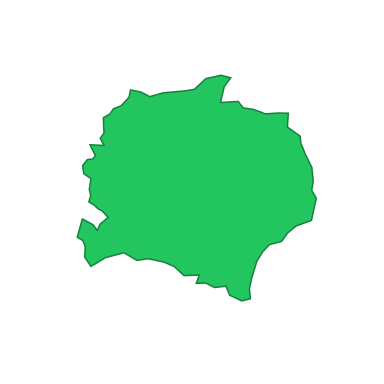 Elia Lefkosias, Cyprus, rotated 313°
{"feature_id": "46923920B42441045079611", "entity_name": "Elia Lefkosias", "entity_type": "district", "adm_level": 2, "iso_a3": "CYP", "parent_name": "Cyprus", "parent_adm1": "", "projection": "mercator", "projection_center": [32.918, 35.141], "detail": "fine", "context": "isolated", "style": "filled", "palette": "green", "viewbox_px": 384, "rotation_deg": 313, "n_neighbors": 0, "source": "geoboundaries", "source_scale": "gbopen_adm2", "svg_char_len": 1141}
<svg xmlns="http://www.w3.org/2000/svg" viewBox="0 0 384 384"><g transform="rotate(313 192 192)"><path d="M68.7,168.8L85.0,173.5L101.1,183.6L104.5,198.5L113.2,205.3L121.3,218.8L125.4,229.7L125.4,243.2L136.2,254.0L128.1,257.4L134.8,264.2L137.5,273.6L146.3,281.1L142.2,289.9L146.3,302.7L153.7,307.5L160.4,300.0L169.2,294.6L186.0,286.5L196.8,284.5L206.2,284.5L217.0,291.2L227.1,289.9L237.9,291.2L244.6,294.6L252.7,298.7L272.2,287.2L274.9,278.4L282.3,273.6L291.8,262.8L296.5,250.0L301.9,238.4L306.6,233.0L304.6,217.5L315.3,208.7L308.6,201.2L299.2,192.4L294.5,180.9L288.4,172.1L289.7,164.0L276.9,151.8L291.1,143.7L301.9,142.4L297.2,133.6L284.4,124.8L268.7,123.7L261.4,118.1L245.0,103.4L232.9,96.0L230.3,86.5L224.7,77.4L218.3,81.3L206.6,81.3L199.3,77.8L192.8,78.7L185.9,76.5L180.7,81.7L175.1,87.4L168.7,88.2L166.1,96.0L157.0,85.2L152.7,96.5L148.4,96.9L144.5,93.4L136.8,93.9L131.6,100.3L132.9,109.0L123.8,115.1L120.4,120.3L114.4,123.3L115.6,128.9L115.6,134.6L116.9,139.3L116.1,148.0L105.7,146.7L99.3,148.9L100.6,141.9L97.5,130.2L80.7,138.9L82.0,145.4L79.4,151.0L71.2,157.9L68.7,168.8Z" fill="#22c55e" stroke="#15803d" stroke-width="1.5"/></g></svg>